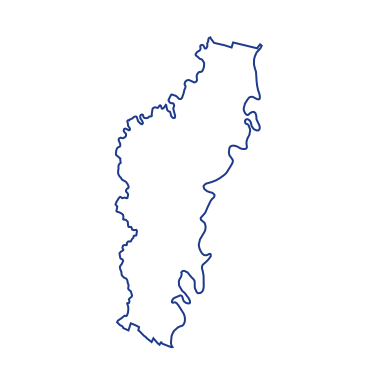 Prisacani, Iasi, Romania, rotated 72°
{"feature_id": "2599482B74582791641671", "entity_name": "Prisacani", "entity_type": "district", "adm_level": 2, "iso_a3": "ROU", "parent_name": "Romania", "parent_adm1": "Iasi", "projection": "natural_earth1", "projection_center": [27.89, 47.067], "detail": "fine", "context": "isolated", "style": "outline", "palette": "blue", "viewbox_px": 384, "rotation_deg": 72, "n_neighbors": 0, "source": "geoboundaries", "source_scale": "gbopen_adm2", "svg_char_len": 6068}
<svg xmlns="http://www.w3.org/2000/svg" viewBox="0 0 384 384"><g transform="rotate(72 192 192)"><path d="M333.4,258.5L331.8,259.0L329.1,258.7L322.6,255.9L320.1,253.8L318.5,252.0L316.4,247.2L316.1,244.6L316.2,242.9L315.9,241.8L314.8,240.3L313.0,238.9L310.5,237.9L307.8,237.4L305.1,237.5L295.7,239.9L292.9,241.0L291.6,242.3L291.4,244.5L290.7,245.1L289.5,244.8L288.0,243.3L287.3,241.7L286.7,235.1L287.3,234.2L288.2,233.6L292.2,233.7L293.8,233.3L295.5,232.1L296.8,230.1L297.1,228.8L296.6,228.1L294.8,227.6L291.7,228.1L285.6,230.2L283.1,231.8L277.1,233.2L273.1,232.2L271.4,231.1L269.6,229.0L268.1,227.8L266.7,227.1L265.2,227.1L264.3,225.6L264.3,224.8L264.7,223.6L266.9,221.3L268.1,220.7L272.4,219.1L275.5,217.5L277.0,217.1L278.3,217.2L284.1,219.0L288.4,218.5L289.5,218.1L290.2,217.4L290.6,215.0L290.1,213.6L289.2,212.2L287.7,211.1L285.1,209.9L275.3,206.9L271.3,206.3L267.5,206.1L266.2,205.6L264.9,204.7L264.2,203.6L263.0,200.6L261.2,197.2L259.0,194.1L257.3,193.5L256.6,193.7L256.3,194.3L256.3,195.3L256.7,197.3L256.3,198.8L255.6,200.1L254.3,201.0L252.9,201.6L250.0,202.2L247.3,202.3L244.3,201.9L239.6,199.1L233.6,192.3L232.0,191.0L230.1,190.1L228.2,189.6L225.7,189.5L224.8,189.8L221.4,192.0L220.0,192.0L219.2,191.5L215.8,185.8L211.0,181.6L206.1,176.9L205.0,175.3L203.9,172.9L203.1,172.1L201.8,171.5L200.1,172.2L198.8,173.2L197.8,175.0L195.8,177.5L193.0,179.3L190.5,179.4L189.6,178.8L188.4,176.4L188.6,170.0L188.3,165.4L187.4,161.2L186.0,156.8L184.9,154.1L183.7,152.4L178.1,145.8L176.5,144.3L175.3,143.6L174.2,143.4L172.8,143.7L168.4,145.1L165.5,144.6L163.3,143.6L161.6,142.7L160.5,141.2L160.4,139.6L160.8,138.0L161.5,136.6L162.7,135.0L165.3,132.6L166.5,131.0L167.4,128.8L167.5,127.3L167.0,126.4L166.2,125.9L162.2,125.1L160.5,124.3L158.2,122.7L155.3,119.7L151.7,117.8L150.1,117.4L146.0,117.6L144.9,118.1L143.5,119.8L142.7,120.0L140.9,119.7L139.8,118.6L139.7,117.3L140.2,116.3L141.9,115.0L143.5,114.6L147.9,114.9L151.1,113.9L152.6,112.5L153.5,111.3L153.9,109.9L153.5,108.9L152.7,108.1L151.2,107.5L149.2,107.4L142.8,108.2L139.3,107.3L136.6,107.3L135.0,108.3L134.5,109.9L135.0,112.7L135.9,114.3L136.0,115.3L134.9,116.6L133.0,117.2L130.6,117.5L128.7,117.1L124.4,114.4L121.1,110.5L119.7,108.1L119.7,106.4L120.3,104.8L123.8,101.4L124.6,99.7L124.2,98.8L122.6,98.1L119.9,97.6L115.6,97.7L111.0,97.2L106.9,96.4L97.5,94.0L93.8,94.0L89.6,93.6L85.3,92.1L82.4,90.3L79.2,87.4L76.5,82.5L74.4,80.5L72.6,81.6L74.8,84.9L75.6,85.4L62.5,106.7L66.8,109.7L62.7,115.4L57.0,124.9L51.8,126.7L50.6,126.8L50.8,128.2L51.4,129.0L53.9,130.2L55.4,131.6L58.0,132.3L59.6,133.8L59.8,134.4L59.6,135.2L59.1,135.5L56.9,135.7L55.7,136.2L55.2,136.9L55.1,138.0L55.4,138.7L55.9,139.1L58.3,139.6L59.1,140.1L59.8,141.1L60.5,144.0L62.1,146.0L63.1,146.2L63.9,145.8L64.9,145.0L67.7,143.4L68.9,141.8L69.5,141.4L72.7,140.6L73.6,140.7L77.1,142.2L80.0,144.6L80.6,146.0L80.1,148.1L80.4,149.0L81.6,150.7L83.0,151.7L87.2,152.7L87.9,153.3L88.5,154.5L88.6,155.5L88.2,156.3L85.2,159.5L84.4,160.7L84.2,162.0L84.9,164.2L87.0,165.7L87.7,165.8L89.3,165.4L90.8,166.1L92.5,167.7L95.6,169.5L99.1,172.2L100.1,173.6L99.8,174.9L99.1,175.8L96.7,176.8L95.2,178.1L93.0,181.2L93.1,181.8L94.0,182.8L97.3,186.0L98.9,185.8L100.2,185.3L101.0,184.6L101.6,182.8L103.0,182.1L104.5,182.3L106.9,184.1L114.3,184.5L115.4,184.9L116.0,185.4L116.1,186.5L115.6,187.3L113.8,188.2L112.3,188.3L109.3,188.0L108.6,188.4L108.1,189.3L106.6,190.2L102.4,189.9L101.6,189.6L101.0,190.0L102.8,192.2L103.6,193.6L103.7,194.3L103.2,195.0L100.6,194.9L99.7,195.5L99.8,196.2L101.2,198.0L101.4,198.6L101.3,199.0L100.2,200.5L100.0,201.3L100.1,202.8L100.6,203.7L101.1,204.0L105.2,206.1L107.2,206.7L107.5,207.6L107.1,208.6L107.1,209.3L107.9,211.3L107.6,212.8L106.9,214.3L106.0,214.9L103.5,214.9L102.8,215.6L102.9,216.8L103.3,217.5L104.1,217.9L106.1,218.3L108.9,217.5L110.8,217.3L111.5,217.5L112.1,218.5L112.0,218.9L111.0,219.9L108.0,221.4L103.8,221.3L103.4,221.5L102.8,222.0L102.6,223.7L103.6,226.0L103.9,229.1L104.4,229.5L104.1,229.9L104.0,230.6L104.7,231.7L105.9,231.7L109.5,232.3L112.1,231.5L113.3,231.6L113.9,232.3L113.9,232.8L111.3,235.5L111.0,236.3L111.2,237.2L112.1,237.8L113.2,238.1L116.5,236.8L118.0,237.3L118.9,238.2L119.6,240.8L119.3,241.7L118.3,242.9L118.4,244.2L118.6,244.8L119.0,245.3L120.4,245.8L123.7,245.4L125.6,245.8L126.5,246.6L126.7,248.6L127.4,249.9L129.1,251.2L132.3,252.6L133.2,252.8L138.1,249.8L138.8,250.2L142.2,250.8L142.9,252.5L143.6,253.3L144.8,254.0L147.2,254.7L149.2,255.8L151.5,256.5L152.5,256.5L155.0,256.0L156.5,255.2L158.5,254.8L161.9,251.7L162.5,251.5L164.6,250.8L167.5,250.6L168.6,251.4L168.8,252.9L170.0,254.2L171.2,254.6L173.4,253.6L174.7,253.5L177.7,255.3L177.7,256.1L176.5,257.9L176.3,260.3L174.8,261.3L174.4,261.9L174.5,262.3L175.3,263.6L177.8,266.6L180.0,268.5L180.5,268.6L181.7,267.9L182.9,267.6L186.8,269.8L187.6,269.3L189.0,267.3L190.5,265.8L192.2,264.7L194.1,264.8L196.6,265.9L197.1,265.6L197.6,264.2L198.1,263.5L200.4,262.3L204.5,263.2L205.5,263.1L205.9,262.6L206.3,260.8L207.1,260.5L209.2,260.5L210.2,259.4L210.8,256.7L211.6,256.4L212.5,256.6L215.9,258.3L216.1,258.8L215.7,260.5L215.8,261.0L217.4,261.9L218.3,263.7L220.1,265.5L220.0,266.2L219.5,267.1L219.4,268.2L220.4,269.7L221.9,270.2L222.3,270.6L222.3,271.0L221.7,272.1L221.5,273.1L221.8,274.3L223.5,275.4L224.6,275.4L225.5,275.1L226.0,275.3L226.4,276.1L226.7,277.9L227.8,279.9L232.6,280.6L233.5,280.3L234.7,278.9L236.1,278.8L236.8,279.2L238.7,281.0L240.3,283.3L241.4,283.9L243.0,284.1L246.0,283.9L249.5,284.5L252.2,283.3L254.1,281.3L255.9,280.8L258.6,281.2L260.9,281.1L264.4,282.6L266.3,281.8L267.5,280.9L271.9,281.0L272.9,281.7L273.9,284.2L274.5,285.1L276.7,285.3L277.9,286.0L278.0,286.7L277.7,287.6L277.9,288.1L281.1,288.1L283.7,288.7L287.1,290.3L289.3,292.0L289.7,292.9L288.9,294.2L289.1,295.3L290.1,297.6L291.3,301.8L291.9,302.8L292.7,303.5L296.2,301.7L298.4,299.6L300.2,299.4L304.0,295.2L298.0,290.8L300.6,287.6L304.1,284.1L307.0,285.8L308.4,284.8L313.9,282.1L315.5,280.9L317.1,280.2L322.2,276.8L319.2,273.9L325.0,271.5L327.2,270.1L325.4,268.0L325.6,267.5L326.4,267.4L327.3,266.9L332.9,260.0L333.3,259.3L333.4,258.5Z" fill="none" stroke="#1e3a8a" stroke-width="2"/></g></svg>